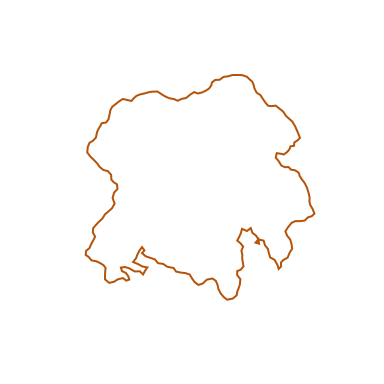 Piedade do Rio Grande, Minas Gerais, Brazil (orthographic projection), rotated 311°
{"feature_id": "56859067B43663283125641", "entity_name": "Piedade do Rio Grande", "entity_type": "district", "adm_level": 2, "iso_a3": "BRA", "parent_name": "Brazil", "parent_adm1": "Minas Gerais", "projection": "orthographic", "projection_center": [-44.166, -21.486], "detail": "fine", "context": "isolated", "style": "outline", "palette": "amber", "viewbox_px": 384, "rotation_deg": 311, "n_neighbors": 0, "source": "geoboundaries", "source_scale": "gbopen_adm2", "svg_char_len": 2940}
<svg xmlns="http://www.w3.org/2000/svg" viewBox="0 0 384 384"><g transform="rotate(311 192 192)"><path d="M138.4,292.7L143.3,293.5L146.6,291.5L149.7,290.4L153.8,288.7L158.0,285.6L158.9,280.6L162.0,278.0L165.1,279.7L169.6,279.7L172.7,276.0L175.0,273.2L177.5,271.4L180.1,267.8L184.4,266.4L185.1,262.1L185.0,258.0L188.5,257.2L192.7,256.0L197.0,253.9L198.6,259.1L203.3,260.0L200.8,264.4L201.1,268.9L199.8,273.2L202.3,278.0L199.7,282.0L198.8,286.7L196.3,290.1L193.9,294.0L195.0,298.8L193.0,304.3L190.8,307.9L194.3,308.1L197.1,305.4L200.5,305.5L205.1,307.2L210.4,305.5L214.9,304.8L218.0,301.3L220.5,297.4L221.5,292.3L223.6,288.3L228.1,287.6L234.0,287.4L237.7,289.0L240.8,292.6L244.4,295.8L248.8,296.1L252.2,298.2L256.0,298.6L258.3,294.2L259.8,289.7L261.8,286.9L264.9,284.5L267.6,280.9L270.6,276.1L272.6,271.4L273.7,266.3L274.7,263.0L276.6,259.7L276.0,255.6L273.8,251.9L274.2,248.5L271.6,245.8L270.6,241.9L272.1,237.4L272.9,232.6L276.9,230.5L279.0,233.7L280.6,236.7L284.7,237.6L288.1,237.5L291.1,236.4L293.8,238.7L296.5,236.7L300.3,237.8L303.7,238.0L306.7,232.1L309.2,226.8L311.0,221.4L311.0,217.8L311.1,212.9L312.5,208.1L312.3,203.3L312.1,198.5L308.8,195.5L307.0,192.7L307.7,188.4L308.9,183.9L310.0,180.0L309.4,175.5L311.2,171.1L313.2,168.3L314.8,165.2L314.8,161.7L315.0,157.8L313.0,153.0L309.6,148.9L306.7,145.7L303.2,143.5L299.6,140.3L294.8,139.2L291.8,136.0L287.8,135.2L284.9,136.7L281.3,137.0L278.3,136.2L274.1,134.5L270.2,131.8L268.8,128.1L264.5,126.8L259.1,125.9L255.8,123.3L251.5,121.3L250.3,117.4L248.0,113.6L246.8,110.1L246.0,106.2L245.2,100.1L241.5,96.0L238.9,93.9L235.5,91.7L231.9,89.0L228.1,87.0L224.1,86.5L221.0,86.6L218.8,82.5L216.9,78.8L212.6,77.5L207.6,76.6L204.1,75.9L200.4,76.6L196.3,79.0L192.0,81.3L188.1,81.6L184.8,78.8L181.6,79.5L178.4,80.0L174.8,81.1L170.0,83.8L165.5,83.6L161.9,82.4L157.6,83.8L153.1,87.0L152.1,91.9L151.8,97.1L151.3,102.4L150.3,105.9L150.5,110.6L152.6,114.9L151.9,119.7L148.4,123.1L148.0,126.5L148.6,130.3L145.4,133.8L140.4,133.6L135.4,136.0L132.5,141.2L127.2,142.3L122.2,141.6L118.1,141.0L112.9,141.8L107.6,141.2L103.0,141.1L99.8,141.2L96.5,143.6L94.7,148.2L91.1,149.1L86.6,150.1L82.4,151.4L78.0,150.7L74.8,153.0L75.2,156.8L74.4,160.9L77.0,165.3L78.2,169.9L78.7,173.4L77.9,176.7L75.1,178.6L72.2,180.9L69.0,183.7L69.1,189.1L73.0,192.0L77.2,193.2L81.7,196.3L82.0,200.6L84.8,202.1L86.6,199.2L87.5,195.2L86.4,191.0L88.3,187.9L91.4,190.6L93.2,194.6L94.4,200.8L97.9,204.6L97.7,209.2L101.9,208.2L105.8,207.8L103.2,203.3L102.2,198.5L100.5,193.5L105.5,193.2L108.5,192.0L113.1,190.8L117.6,190.4L116.7,194.4L113.1,194.4L113.1,199.2L115.2,204.4L116.8,208.2L116.0,213.1L118.8,217.4L119.4,222.5L122.6,228.0L121.5,232.1L123.5,235.9L126.4,240.1L128.2,244.4L126.7,249.0L125.7,253.4L126.1,257.8L129.8,260.1L135.6,260.7L140.1,264.1L140.6,268.2L138.6,272.3L136.1,275.6L134.3,280.1L133.5,285.1L133.8,289.2L138.4,292.7ZM199.8,273.2L195.5,273.2L197.0,276.5L199.8,273.2Z" fill="none" stroke="#b45309" stroke-width="2"/></g></svg>